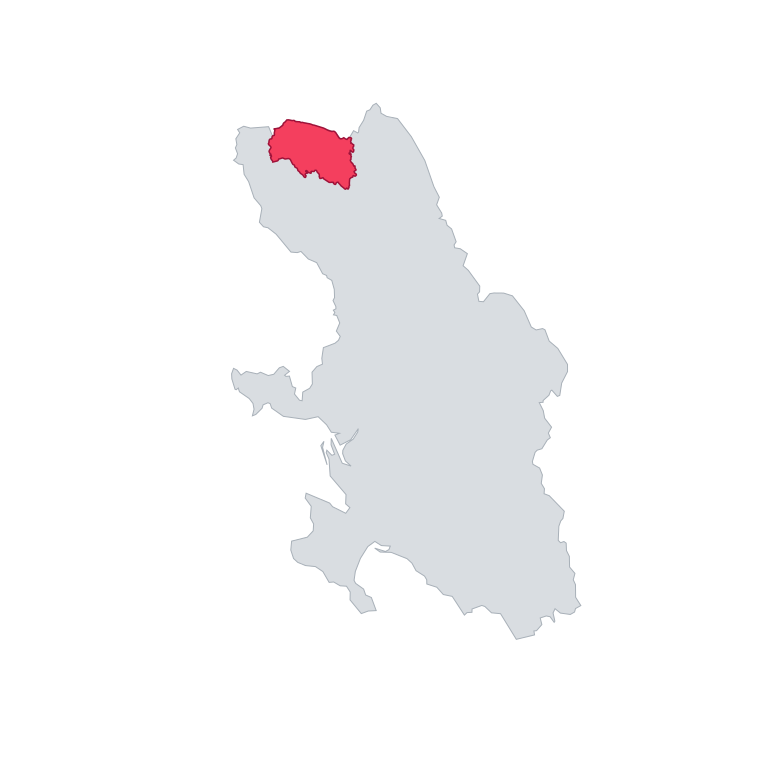 Ukraine, with L'viv highlighted, rotated 59°
{"feature_id": "UKR-291", "entity_name": "L'viv", "entity_type": "Region", "adm_level": 1, "iso_a3": "UKR", "parent_name": "Ukraine", "parent_adm1": "", "projection": "equal_earth", "projection_center": [24.224, 49.684], "detail": "fine", "context": "in_parent", "style": "filled", "palette": "rose", "viewbox_px": 768, "rotation_deg": 59, "n_neighbors": 0, "source": "natural_earth", "source_scale": "10m", "svg_char_len": 9264}
<svg xmlns="http://www.w3.org/2000/svg" viewBox="0 0 768 768"><g transform="rotate(59 384 384)"><path d="M521.3,494.0L529.9,505.1L536.9,510.8L540.3,511.0L549.3,507.1L555.4,508.4L560.5,504.8L574.2,507.4L570.5,514.4L569.1,521.7L551.6,524.3L544.9,520.1L538.0,520.3L534.4,525.5L527.8,529.1L525.8,533.2L513.3,533.0L505.2,536.8L499.2,544.8L492.5,549.8L487.0,551.4L478.3,549.4L471.1,544.1L475.8,528.6L473.4,520.3L467.7,516.4L460.8,516.1L451.4,509.4L441.2,510.3L437.5,507.0L458.1,491.9L462.7,491.3L475.1,483.4L472.4,476.9L467.0,478.6L459.2,473.5L435.1,477.5L420.0,469.8L413.1,468.9L411.3,467.1L418.3,465.4L418.8,462.5L408.9,460.7L403.4,457.2L430.4,460.6L437.4,454.5L430.0,456.7L422.4,455.3L419.6,453.4L416.0,447.3L415.4,438.8L411.7,431.3L409.0,429.0L414.6,441.2L413.8,453.1L402.5,452.4L403.3,447.6L398.2,454.0L389.4,454.2L378.1,457.3L373.9,469.6L359.9,486.9L346.8,492.7L342.2,491.7L340.3,493.1L339.6,498.4L342.0,501.0L344.1,509.6L343.5,513.2L338.7,508.4L333.2,506.3L327.1,507.0L316.2,511.9L312.4,511.0L312.8,513.6L311.8,514.4L301.3,511.8L296.8,509.4L293.1,504.9L296.4,502.8L302.7,502.0L302.3,495.6L310.0,487.5L310.3,483.8L317.1,478.9L318.9,473.5L316.2,465.4L317.0,461.3L324.5,458.5L325.3,464.7L327.0,464.1L328.5,461.0L339.0,463.9L342.0,461.7L346.5,465.9L354.4,464.8L356.2,462.8L349.1,457.8L349.4,449.9L347.1,445.4L336.8,439.6L334.5,432.6L335.3,426.5L330.0,424.1L321.6,417.2L323.8,405.0L323.1,400.5L320.7,397.0L314.1,397.6L308.9,390.5L300.9,389.2L298.7,391.7L297.4,389.3L294.6,389.4L294.8,386.5L292.9,385.4L286.2,384.7L284.5,381.9L277.3,377.9L268.3,375.4L263.6,378.0L261.4,377.3L257.9,379.8L245.3,379.2L237.9,384.5L227.6,386.9L226.7,390.7L223.0,395.8L200.0,399.3L190.3,403.0L187.2,406.3L181.2,407.5L170.8,398.4L167.7,397.8L157.6,399.5L140.8,395.8L132.2,395.9L123.4,391.8L120.6,395.2L114.7,397.7L114.1,394.3L111.2,390.9L105.1,389.8L103.0,386.8L97.5,384.7L94.4,378.3L90.4,378.4L90.8,371.5L95.9,366.6L104.0,350.4L113.9,351.8L114.1,350.1L109.5,346.3L110.4,341.1L107.8,331.0L109.7,328.2L120.6,316.1L142.5,296.4L151.0,295.0L154.8,290.1L154.9,286.5L151.2,279.6L155.3,277.2L155.0,276.1L151.4,273.3L147.5,265.7L141.2,258.3L141.7,254.8L139.3,249.9L139.4,246.1L145.3,245.0L150.4,247.1L156.0,243.9L163.5,235.7L186.0,233.2L213.4,233.9L240.6,239.6L252.4,240.4L257.5,246.6L267.2,246.5L270.1,247.6L270.5,251.5L275.5,246.8L280.4,248.2L285.9,246.2L299.2,248.9L300.9,252.3L303.6,253.3L307.3,249.0L315.2,245.4L323.4,255.3L330.0,253.2L349.4,251.5L354.2,254.6L355.1,257.6L362.0,260.1L364.7,256.4L361.1,246.7L362.6,242.9L367.7,234.6L374.6,228.5L393.4,226.1L411.0,228.4L416.0,225.8L418.2,219.5L420.4,218.1L432.3,220.3L443.0,216.7L461.7,216.6L467.9,220.3L474.7,231.2L484.3,239.2L483.9,241.8L475.7,243.3L475.7,244.7L478.6,248.4L480.1,256.1L481.6,257.1L479.9,260.5L488.8,261.2L496.1,263.9L507.3,262.6L510.7,268.4L515.7,269.1L516.1,272.9L520.8,282.0L519.6,286.8L520.4,289.7L526.8,296.7L529.5,297.7L536.2,293.9L543.6,295.1L550.2,300.4L556.4,300.4L560.5,303.3L564.8,299.9L585.9,295.0L591.4,299.9L592.4,303.0L596.0,307.4L607.8,315.2L611.0,314.4L611.7,310.9L614.2,309.8L620.8,313.4L627.2,313.9L636.5,319.2L644.7,317.9L649.3,322.6L654.6,323.2L665.5,329.6L675.3,329.4L675.1,335.5L677.6,338.1L677.5,343.0L671.2,350.8L664.7,353.1L667.3,357.0L675.3,359.7L675.9,360.9L669.0,361.5L666.4,364.4L665.0,370.6L671.5,372.6L674.0,380.3L672.9,382.7L676.6,384.2L671.0,402.1L640.9,402.4L635.5,409.7L626.7,412.1L624.2,414.2L622.2,424.4L625.0,426.2L622.7,430.6L623.5,434.1L601.2,434.9L595.0,441.6L585.4,443.4L577.5,450.3L573.8,448.2L569.5,448.2L560.5,452.7L552.0,452.3L545.6,454.2L532.0,464.6L526.1,473.8L519.9,476.5L528.3,469.0L528.5,465.1L526.2,462.1L521.1,469.5L514.2,472.9L515.0,481.6L521.3,494.0ZM424.0,474.4L404.3,469.9L402.2,465.0L406.7,469.3L424.0,474.4Z" fill="#d9dde1" stroke="#a8b0b8" stroke-width="1"/><path d="M108.9,346.9L108.7,346.7L108.9,346.2L109.4,345.3L109.9,343.8L110.5,342.6L110.6,342.0L110.2,338.1L110.1,337.5L109.9,337.2L109.2,336.5L108.8,336.0L108.7,335.8L108.6,335.3L108.4,333.5L108.2,332.9L107.6,331.4L108.4,329.8L110.9,327.1L111.5,325.7L111.7,325.4L112.1,325.1L112.8,325.0L113.1,324.9L113.7,324.4L115.7,321.4L116.0,321.1L116.3,321.0L116.9,320.8L117.2,320.5L117.3,320.3L117.6,319.4L117.8,319.1L119.1,317.9L122.7,313.7L124.0,312.5L125.2,311.7L126.2,310.5L133.6,303.9L136.8,301.9L137.8,301.3L140.4,299.0L140.8,298.5L141.2,297.3L141.6,296.7L142.0,296.4L142.6,296.2L143.7,295.9L149.6,295.8L151.3,295.2L152.0,293.9L152.1,293.4L152.2,292.9L152.1,292.1L152.2,291.6L154.3,290.7L154.9,290.2L155.3,289.7L155.2,289.5L155.0,289.0L154.6,287.1L155.4,286.0L155.6,285.7L155.9,285.5L156.4,285.4L156.8,285.4L157.2,285.6L157.4,286.4L157.7,286.5L158.2,286.7L158.4,287.0L158.6,287.4L158.9,287.7L159.3,287.8L159.9,288.0L160.2,288.2L160.2,287.9L160.8,287.8L161.1,287.7L161.5,287.6L162.3,287.5L162.5,287.4L162.8,287.1L163.0,286.9L163.5,286.8L163.7,287.0L164.1,287.2L164.7,287.7L164.9,288.0L164.9,288.3L164.9,288.5L165.0,288.6L165.9,289.3L166.3,289.4L166.7,289.4L167.2,289.3L167.4,289.2L167.7,289.3L168.1,289.5L169.0,290.3L169.2,290.6L169.3,290.9L169.3,291.0L169.2,291.3L169.0,291.6L168.7,291.7L168.5,291.9L166.8,292.2L166.6,292.3L166.4,292.6L166.5,292.7L166.6,292.9L168.0,293.8L168.2,294.0L168.1,294.9L168.2,295.0L168.3,295.1L168.5,295.2L169.0,295.2L169.4,295.0L169.5,294.9L169.5,294.7L169.6,294.1L169.6,293.9L169.9,293.9L170.1,293.9L170.3,294.1L170.6,294.6L171.0,294.7L172.0,294.8L172.4,294.9L172.5,295.1L172.5,295.4L172.5,295.5L172.8,295.7L174.1,296.4L174.5,296.7L174.6,296.9L174.6,297.2L174.6,297.4L174.7,297.5L174.9,297.7L175.3,297.8L176.9,297.9L177.3,297.8L177.7,297.8L177.9,297.6L178.2,297.5L178.6,297.4L179.3,297.3L181.3,297.6L181.8,297.5L182.0,297.4L181.9,296.9L182.0,296.7L182.3,296.7L182.8,296.9L183.7,297.4L184.3,297.7L185.5,297.5L186.0,297.7L186.1,297.9L186.3,298.1L186.3,298.6L186.3,299.8L186.5,300.2L186.9,300.3L187.6,300.4L188.0,300.4L188.3,300.3L189.2,299.9L189.5,299.8L189.9,299.8L190.3,299.9L190.6,300.0L190.8,300.5L191.0,301.1L191.0,301.4L191.0,301.6L190.8,301.9L190.6,302.1L189.7,302.8L189.6,303.0L189.7,303.4L190.3,304.0L190.5,304.2L190.5,304.4L190.3,305.4L190.2,306.1L190.3,306.6L190.5,307.7L190.8,308.0L193.9,310.2L196.2,311.4L196.2,311.7L196.3,311.9L196.4,312.1L196.7,312.4L197.4,312.7L197.5,312.8L197.8,313.3L198.2,313.8L198.3,314.0L198.4,314.3L198.3,314.5L198.2,314.6L197.9,314.7L197.4,314.7L197.2,314.8L196.9,315.2L196.9,315.5L197.1,315.9L197.2,316.2L197.2,316.3L197.2,316.5L197.0,316.9L196.8,317.0L196.5,317.2L196.0,317.4L195.6,317.5L195.1,317.5L194.3,317.9L194.1,318.0L193.4,318.2L192.3,318.7L192.1,318.7L189.7,319.1L189.4,319.2L189.1,319.3L187.5,319.5L187.3,319.5L187.2,319.7L187.1,320.0L186.9,320.7L186.9,321.0L187.1,321.5L187.7,322.2L187.8,322.5L187.9,322.8L187.8,323.0L187.6,323.3L187.4,323.4L186.7,323.8L186.2,323.9L185.8,323.9L185.7,323.8L185.4,323.5L185.2,323.5L184.9,323.8L184.1,324.9L183.8,325.8L182.9,327.2L182.7,327.3L177.1,330.0L176.7,330.1L176.3,330.0L175.9,330.0L175.7,330.1L175.6,330.3L175.4,331.7L175.3,332.2L174.8,333.0L174.4,333.0L174.2,333.0L174.0,332.9L173.7,332.8L173.4,332.7L173.1,332.8L173.0,332.7L172.7,332.6L171.9,332.0L171.6,331.8L171.2,331.7L170.9,331.6L170.5,331.6L168.0,332.1L167.6,332.1L166.5,331.9L166.3,331.9L166.1,332.0L165.9,332.1L165.7,332.3L165.4,332.8L165.3,333.1L165.3,333.3L165.6,333.8L165.7,334.2L165.8,334.4L165.7,334.7L165.5,335.0L164.5,336.4L164.3,336.8L164.3,337.0L165.4,337.6L165.6,337.7L165.6,337.9L165.6,338.0L165.5,338.4L164.4,339.3L164.1,339.6L163.9,339.9L163.5,340.0L163.0,340.1L162.3,340.1L161.9,340.2L161.3,340.4L161.1,340.6L161.0,340.9L161.0,341.1L161.2,341.4L161.3,341.5L161.6,341.6L162.0,341.4L162.7,340.9L162.9,340.8L163.1,340.8L163.5,341.0L163.8,341.3L163.8,341.5L163.7,341.6L163.4,342.1L163.4,342.4L163.5,343.4L163.7,343.6L164.4,343.8L165.0,343.8L165.4,343.6L166.3,344.6L166.4,344.8L166.4,345.1L166.2,345.4L166.0,345.5L165.7,345.7L165.0,345.9L164.7,346.0L164.5,345.9L164.4,345.9L164.0,345.8L163.4,345.9L162.1,346.3L160.7,347.0L160.4,347.1L159.7,347.2L158.9,347.2L158.5,347.2L157.0,347.8L156.6,347.8L156.4,347.8L155.0,347.4L154.6,347.4L154.4,347.4L154.0,347.5L152.6,348.4L152.2,348.5L151.9,348.6L150.7,348.2L150.3,348.1L150.2,348.1L149.2,348.8L148.7,349.0L147.1,349.0L143.8,348.7L143.3,348.7L142.9,348.8L142.3,349.1L141.8,349.5L141.5,349.8L141.4,350.0L140.5,352.2L140.3,352.7L140.1,353.0L138.6,354.1L138.1,354.4L137.9,354.8L137.2,357.8L137.0,358.1L137.0,358.3L137.0,358.5L137.5,359.1L137.7,359.5L137.9,360.1L137.9,360.4L136.5,365.0L135.7,364.7L135.3,364.7L133.6,364.9L132.9,364.9L132.0,364.7L131.6,364.6L131.4,364.5L131.3,364.4L131.2,364.1L131.1,363.9L131.2,363.7L131.0,363.3L130.7,363.1L130.3,363.0L130.2,363.1L129.7,363.7L129.6,363.8L129.3,363.9L129.1,363.9L128.9,363.6L128.9,363.0L128.8,362.6L128.7,362.6L128.2,362.9L127.9,363.0L127.5,363.0L125.9,362.9L125.6,362.8L125.1,362.4L124.9,362.2L124.3,361.3L123.5,359.6L123.3,359.3L123.0,359.0L122.7,358.9L121.6,359.0L120.2,359.3L119.9,359.5L119.7,359.5L119.4,359.5L118.9,359.5L118.5,359.4L118.2,359.0L118.0,358.5L117.8,358.3L116.6,357.5L115.8,356.7L115.6,356.4L115.5,356.2L115.4,355.7L115.5,355.2L115.6,354.7L115.9,354.2L115.9,353.8L115.3,353.2L114.7,352.9L114.1,352.1L114.0,351.7L114.0,351.1L114.3,350.3L114.3,349.9L113.9,349.5L112.5,348.8L111.9,348.4L110.9,347.4L109.9,346.8L110.0,346.7L109.5,346.4L109.1,346.9L108.9,346.9Z" fill="#f43f5e" stroke="#9f1239" stroke-width="1.5"/></g></svg>